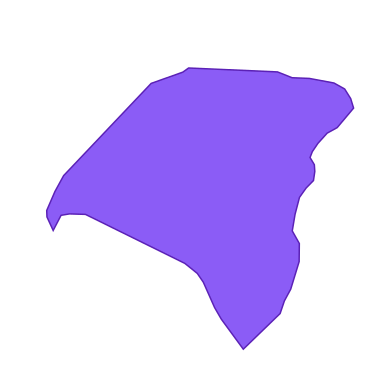 outline of Gorenja vas-Poljane, rotated 14°
{"feature_id": "SVN-1011", "entity_name": "Gorenja vas-Poljane", "entity_type": "Municipality", "adm_level": 1, "iso_a3": "SVN", "parent_name": "Slovenia", "parent_adm1": "", "projection": "albers", "projection_center": [14.155, 46.109], "detail": "fine", "context": "isolated", "style": "filled", "palette": "violet", "viewbox_px": 384, "rotation_deg": 14, "n_neighbors": 0, "source": "natural_earth", "source_scale": "10m", "svg_char_len": 655}
<svg xmlns="http://www.w3.org/2000/svg" viewBox="0 0 384 384"><g transform="rotate(14 192 192)"><path d="M312.8,233.6L311.3,262.4L308.0,275.3L306.9,288.6L279.8,332.1L251.3,308.4L241.9,298.7L224.8,276.8L216.8,269.7L202.3,263.0L94.0,239.5L78.4,242.9L70.6,246.3L66.6,262.9L57.3,251.3L55.5,245.1L58.9,224.6L63.5,207.1L126.1,96.5L154.1,77.9L158.7,72.5L245.9,54.8L261.5,56.9L278.4,53.4L303.4,51.9L315.2,55.1L323.4,63.0L328.5,71.5L317.3,94.4L308.9,102.2L302.4,114.4L299.0,123.7L298.2,130.0L304.1,135.9L306.2,142.4L307.1,151.5L301.8,160.5L297.6,171.2L297.4,188.7L298.7,205.5L308.6,216.0L312.8,233.6Z" fill="#8b5cf6" stroke="#5b21b6" stroke-width="1.5"/></g></svg>